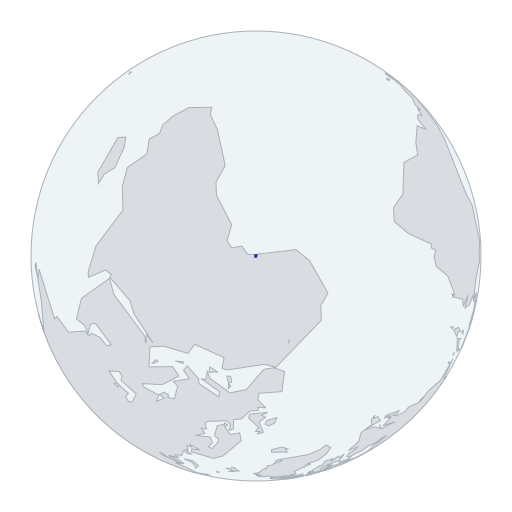 globe centered on Atlantique, rotated 183°
{"feature_id": "BEN-2174", "entity_name": "Atlantique", "entity_type": "Department", "adm_level": 1, "iso_a3": "BEN", "parent_name": "Benin", "parent_adm1": "", "projection": "orthographic", "projection_center": [2.175, 6.604], "detail": "fine", "context": "on_globe", "style": "filled", "palette": "blue", "viewbox_px": 512, "rotation_deg": 183, "n_neighbors": 0, "source": "natural_earth", "source_scale": "10m", "svg_char_len": 8620}
<svg xmlns="http://www.w3.org/2000/svg" viewBox="0 0 512 512"><g transform="rotate(183 256 256)"><circle cx="256" cy="256" r="225" fill="#eef3f6" stroke="#a8b0b8"/><path d="M175.8,45.5L172.7,46.7L174.9,46.1L170.0,48.1L176.0,45.9L180.2,44.3L184.2,42.9L185.9,42.6L179.8,44.9L178.1,45.4L177.2,46.0L173.4,47.4L176.2,46.5L168.7,49.8L178.6,46.2L174.6,48.6L168.9,51.0L166.4,51.1L147.1,59.1L140.6,62.7L134.0,67.0L127.9,73.8L122.0,78.2L116.2,83.8L120.8,80.8L127.0,75.5L134.2,72.1L140.9,66.7L144.7,64.9L152.9,59.9L154.9,60.5L152.5,64.1L145.9,68.5L144.6,70.5L153.6,66.6L143.8,76.0L141.8,84.9L138.9,87.8L128.5,91.7L121.8,90.1L108.4,97.9L120.4,93.1L112.9,101.5L113.1,103.3L115.4,103.3L119.5,100.4L117.7,103.7L105.1,109.0L106.6,106.1L110.6,104.2L107.3,103.8L98.8,108.7L95.7,113.3L86.2,117.9L83.8,121.5L80.4,124.9L84.8,118.7L76.8,130.3L65.0,141.8L53.9,163.7L61.3,145.9L61.8,143.3L61.3,142.9L59.3,146.3L60.2,144.5L69.3,129.9L79.5,116.0L90.8,102.9L103.0,90.7L116.1,79.5L130.0,69.3L144.6,60.2L159.9,52.2L175.8,45.5ZM45.7,175.2L45.9,174.8L46.5,174.1L39.4,194.3L39.3,199.0L35.5,214.7L34.6,223.5L36.2,222.3L37.4,227.3L40.5,218.7L44.6,214.8L42.3,227.8L46.4,216.6L47.4,223.6L57.0,225.5L55.6,228.3L63.3,245.9L75.4,255.0L78.2,265.1L76.4,270.8L81.4,273.3L81.6,277.2L105.0,286.4L119.8,297.8L121.2,311.3L112.5,325.7L113.2,357.1L99.9,365.3L102.3,377.7L101.9,394.4L93.1,391.4L101.6,401.1L101.7,405.7L97.6,405.0L102.1,411.2L99.3,410.5L104.9,415.2L108.3,422.1L116.4,429.1L120.9,434.5L126.4,438.5L125.2,438.0L126.0,439.0L128.7,441.1L121.6,436.5L110.6,427.7L106.6,423.7L104.8,422.5L95.3,411.8L96.4,413.7L82.0,396.2L73.6,382.1L54.0,339.0L49.7,329.8L42.7,317.7L33.5,282.9L33.2,270.0L32.4,263.2L35.1,245.8L36.2,227.9L35.8,224.9L34.1,231.0L34.3,218.4L36.8,204.7L37.5,201.2L45.7,175.2ZM50.4,171.2L50.7,184.2L47.4,184.3L48.6,182.5L49.2,177.4L49.2,172.4L47.2,173.7L50.4,171.2ZM57.6,159.9L57.3,158.7L58.0,159.0L57.6,159.9ZM151.2,60.0L152.0,59.9L150.1,60.8L151.2,60.0ZM153.9,58.0L151.2,59.1L152.0,58.4L153.8,57.7L153.9,58.0ZM157.2,56.9L154.0,57.0L155.6,55.8L163.5,52.3L157.2,56.9ZM180.7,43.9L176.4,45.7L178.5,44.6L180.7,43.9ZM194.9,39.2L189.5,40.8L194.8,39.2L181.1,43.7L194.9,39.2ZM186.0,42.3L185.4,42.3L191.7,40.3L193.9,39.9L191.1,40.7L186.0,42.3ZM190.6,41.0L194.8,39.9L193.4,40.7L186.9,42.2L190.6,41.0ZM192.3,40.0L195.4,39.1L194.4,39.4L192.3,40.0ZM190.8,43.7L190.1,43.3L193.2,42.1L190.8,43.7ZM196.5,39.5L197.0,39.3L198.1,38.9L200.6,38.4L196.5,39.5ZM202.9,37.1L203.3,37.0L204.3,36.7L208.6,35.8L209.3,35.6L203.3,37.0L207.2,36.1L208.2,35.9L202.2,37.4L202.6,37.1L202.9,37.1ZM206.5,36.9L200.0,39.1L200.8,39.9L198.0,40.9L197.3,39.5L206.5,36.9ZM204.5,37.0L205.1,37.1L201.3,38.0L198.6,38.5L204.5,37.0ZM213.0,34.9L213.6,34.8L212.5,35.0L213.0,34.9ZM207.5,36.9L209.1,36.4L208.0,36.8L207.5,36.9ZM212.6,35.1L211.2,35.3L212.9,34.9L212.6,35.1ZM213.3,35.5L211.2,36.1L209.2,36.3L213.3,35.5ZM213.6,35.1L216.2,34.6L209.8,36.1L212.7,35.2L213.6,35.1ZM214.3,34.7L214.9,34.6L214.7,34.7L214.3,34.7ZM221.9,34.5L214.3,36.2L210.1,36.7L218.0,34.8L221.9,34.5ZM136.2,445.6L123.5,437.9L129.4,441.6L126.9,439.0L136.0,444.4L136.2,445.6ZM131.6,439.2L132.6,438.1L134.8,439.3L134.6,440.4L131.6,439.2ZM470.5,187.0L469.8,185.1L463.7,169.7L464.7,176.2L468.0,199.8L472.5,221.2L471.9,231.5L461.2,202.3L453.7,182.6L451.6,185.2L439.2,170.1L422.7,172.1L418.8,167.4L416.1,170.3L407.1,166.3L400.6,158.6L395.9,159.8L412.7,180.2L417.7,179.2L419.6,170.1L423.6,177.8L432.0,183.9L428.1,204.6L401.1,226.0L396.0,210.3L362.7,170.0L362.3,165.3L362.1,164.8L361.5,163.9L361.0,171.7L354.4,164.0L374.9,191.9L379.4,204.6L400.8,227.0L399.4,229.8L405.5,234.2L422.1,226.0L422.8,231.4L416.4,257.6L391.2,294.9L393.2,317.8L389.0,337.7L370.2,352.3L368.8,367.2L358.7,373.3L356.0,381.8L346.2,391.3L330.8,400.7L308.0,402.2L309.0,394.7L301.2,380.4L291.5,344.7L299.8,327.5L298.7,314.5L282.0,286.1L285.8,269.6L280.7,263.0L270.6,265.1L264.4,257.3L258.0,257.4L216.4,264.4L202.3,254.2L182.2,222.7L188.7,209.8L187.4,195.3L230.2,146.0L242.0,148.2L278.9,140.7L284.0,142.1L282.6,152.9L312.6,164.6L318.8,155.2L343.0,161.0L357.2,159.8L357.0,139.6L333.7,141.2L326.7,132.0L343.0,122.6L363.0,122.6L360.9,119.1L345.8,112.1L347.9,105.7L340.3,109.3L345.3,112.6L340.7,115.3L335.9,112.6L336.8,110.2L330.1,109.1L327.4,121.8L332.1,126.5L316.1,129.9L322.4,138.3L318.9,142.7L306.9,130.3L306.2,125.5L285.9,113.5L285.2,118.6L304.3,130.6L299.5,129.9L298.7,138.1L295.5,131.3L274.8,117.9L258.7,122.1L242.4,143.1L232.0,145.4L221.4,142.1L223.0,121.9L245.9,119.1L246.8,112.9L238.5,104.9L246.2,105.1L245.6,101.8L253.9,100.9L262.0,92.6L269.9,91.4L269.6,82.1L273.6,80.5L272.6,86.2L276.2,90.0L295.4,88.4L298.1,86.2L296.3,80.6L301.8,81.3L297.7,76.2L307.0,73.7L292.1,72.8L289.7,67.3L293.4,63.0L289.9,61.3L283.9,68.5L283.9,71.6L288.1,74.4L285.8,84.3L279.9,86.3L272.3,76.3L263.1,78.5L261.2,70.6L278.7,54.5L287.8,51.7L310.2,57.0L310.1,60.1L302.0,59.4L312.7,64.5L310.3,61.9L314.9,62.8L313.7,58.7L316.9,59.3L310.3,54.8L314.1,55.0L318.2,57.9L319.6,53.1L326.5,53.2L325.3,52.0L322.1,50.6L333.0,52.3L331.6,51.3L327.5,50.3L322.1,48.0L316.8,44.8L320.9,45.5L323.3,46.8L334.6,50.9L340.5,54.8L341.7,54.8L337.5,51.7L323.7,46.5L319.4,44.5L326.0,46.5L323.3,45.6L322.4,44.8L325.3,45.0L318.1,42.7L302.9,36.2L307.1,36.6L314.7,38.6L312.3,37.9L327.8,42.5L343.0,48.2L357.7,55.0L371.9,62.8L385.5,71.6L398.4,81.4L410.6,92.1L421.9,103.6L432.5,116.0L442.1,129.0L450.7,142.7L458.4,157.0L465.0,171.8L470.5,187.0ZM218.9,170.3L218.5,174.6L218.9,170.3ZM386.6,133.5L396.9,133.5L387.9,121.9L391.1,121.2L386.9,117.9L387.2,121.2L376.2,112.1L379.0,108.6L375.5,103.9L371.9,103.8L368.4,112.0L384.2,124.6L383.7,129.6L386.6,133.5ZM57.3,225.4L58.2,228.3L56.4,227.9L57.3,225.4ZM45.3,189.3L46.1,190.0L46.0,192.2L45.1,192.5L45.3,189.3ZM56.2,193.6L57.9,195.3L55.4,195.7L56.2,193.6ZM51.1,185.9L54.8,192.8L50.0,195.3L48.0,191.3L50.3,190.9L51.1,185.9ZM53.9,166.8L54.0,168.0L52.9,170.2L53.9,166.8ZM58.1,160.2L57.8,160.3L58.4,158.3L58.1,160.2ZM113.7,101.1L114.6,100.8L116.3,101.6L114.0,102.7L113.7,101.1ZM132.3,98.0L129.0,103.4L129.8,100.0L126.0,102.1L123.1,98.2L137.4,89.1L131.4,93.7L132.3,98.0ZM123.2,91.4L123.5,94.3L122.7,91.5L123.2,91.4ZM234.2,87.0L238.2,88.6L236.7,92.3L226.7,95.7L228.7,90.2L234.2,87.0ZM244.2,90.2L239.4,80.3L245.4,78.3L242.8,81.0L247.3,80.7L244.4,85.0L254.8,93.6L254.2,97.6L236.0,100.6L242.3,97.1L238.0,95.5L244.2,90.2ZM216.5,64.4L214.5,61.8L230.2,60.8L230.2,63.5L220.2,66.5L214.3,65.2L216.5,64.4ZM171.7,51.5L169.9,51.7L171.6,50.9L174.5,50.1L171.7,51.5ZM190.2,43.6L181.2,50.1L178.7,50.5L176.4,54.7L169.0,57.6L170.7,54.7L163.2,60.5L161.8,59.0L157.5,63.0L162.1,56.2L160.5,55.7L165.1,55.0L172.0,52.2L174.5,50.8L180.5,46.8L180.5,45.0L187.3,42.6L192.2,41.3L193.2,41.3L188.4,42.8L193.3,41.8L187.1,44.1L190.2,43.6ZM244.8,37.0L238.9,37.2L247.5,38.6L241.5,39.6L242.9,39.7L239.6,41.2L238.1,43.4L234.9,43.8L235.7,44.5L233.6,45.8L233.6,47.1L227.9,48.3L227.4,50.2L225.0,49.8L225.7,52.7L222.6,51.2L219.6,53.1L224.2,53.5L193.4,60.4L182.9,65.6L175.8,71.0L171.4,68.6L175.2,62.3L183.5,55.3L194.2,51.2L190.3,51.2L194.3,49.3L195.7,50.1L195.9,47.9L199.5,46.7L206.8,42.5L204.8,40.9L207.4,39.6L210.1,39.7L210.8,38.4L217.6,37.8L219.6,37.0L228.3,36.0L232.2,37.2L234.2,36.2L240.9,35.9L244.8,37.0ZM224.3,34.2L230.4,34.6L230.0,35.5L215.0,37.0L212.2,37.8L202.6,39.5L203.3,38.2L206.0,37.8L208.8,37.1L207.4,37.8L210.6,36.8L214.4,36.3L217.9,35.5L218.9,35.8L224.3,34.2ZM288.0,137.9L291.6,138.1L296.8,137.3L296.4,142.8L288.0,137.9ZM273.7,128.8L276.8,127.9L278.8,134.5L275.0,134.6L273.7,128.8ZM276.7,122.1L276.8,127.4L274.5,124.6L276.7,122.1ZM275.2,85.4L278.2,84.4L279.2,85.7L278.4,87.8L275.2,85.4ZM269.3,43.8L265.9,43.2L266.4,42.7L261.8,40.5L266.0,39.9L270.3,41.0L269.3,43.8ZM354.1,143.3L351.0,147.3L348.4,145.7L350.0,144.6L354.1,143.3ZM323.1,145.0L331.0,147.0L322.9,146.4L323.1,145.0ZM273.0,42.8L270.7,41.9L274.2,42.3L273.0,42.8ZM268.7,39.5L272.6,39.6L265.9,39.6L268.7,39.5ZM392.8,430.7L391.2,432.9L389.5,433.5L392.8,430.7ZM418.3,331.4L400.2,367.0L392.3,368.0L393.2,358.1L401.5,336.9L411.6,330.0L417.2,320.0L418.3,331.4ZM473.1,223.1L476.1,235.4L475.3,238.0L473.1,223.1ZM305.0,41.1L306.7,44.4L310.7,47.4L317.2,49.6L308.7,48.4L302.6,43.7L305.0,41.1ZM302.8,36.5L297.0,35.2L298.9,35.4L300.5,35.7L302.8,36.5ZM299.7,36.0L293.8,35.5L290.2,34.6L295.6,35.1L299.7,36.0ZM283.6,37.9L283.8,38.8L281.0,38.3L283.6,37.9Z" fill="#d9dde1" stroke="#a8b0b8" stroke-width="1"/><path d="M256.7,257.1L256.2,257.1L255.3,257.2L255.2,257.0L255.2,256.8L255.2,256.7L255.3,256.5L255.3,256.4L255.3,256.1L255.3,255.9L255.4,255.7L255.5,255.5L255.5,255.4L255.5,255.2L255.7,254.9L256.8,254.8L257.0,255.0L257.0,255.4L257.0,255.8L257.1,256.3L257.2,256.6L257.1,256.8L256.9,256.9L256.8,257.0L256.7,257.1Z" fill="#3b82f6" stroke="#1e3a8a" stroke-width="1.5"/></g></svg>